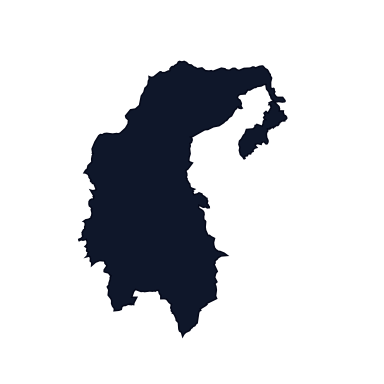 Saliste, Sibiu, Romania (Natural Earth projection), rotated 151°
{"feature_id": "2599482B68453018923397", "entity_name": "Saliste", "entity_type": "district", "adm_level": 2, "iso_a3": "ROU", "parent_name": "Romania", "parent_adm1": "Sibiu", "projection": "natural_earth1", "projection_center": [23.849, 45.799], "detail": "fine", "context": "isolated", "style": "filled", "palette": "ink", "viewbox_px": 384, "rotation_deg": 151, "n_neighbors": 0, "source": "geoboundaries", "source_scale": "gbopen_adm2", "svg_char_len": 6028}
<svg xmlns="http://www.w3.org/2000/svg" viewBox="0 0 384 384"><g transform="rotate(151 192 192)"><path d="M301.2,218.9L300.5,218.2L300.6,216.1L301.7,214.4L302.7,213.7L303.8,211.5L305.2,211.5L307.9,209.7L308.0,208.7L308.7,207.8L308.8,206.4L309.4,205.9L311.2,205.2L314.0,205.5L314.3,204.6L314.3,204.1L312.3,204.1L310.7,202.7L307.4,201.8L307.8,199.4L308.7,197.7L310.2,196.6L312.0,196.2L311.2,194.7L311.1,193.4L312.5,192.0L312.7,191.1L311.5,189.5L313.1,188.8L314.5,187.1L316.2,186.6L312.9,185.8L312.7,184.7L313.0,183.0L314.5,181.0L313.8,178.9L315.5,176.3L310.4,177.4L306.0,176.8L302.1,174.2L302.1,173.2L302.7,171.8L302.1,169.2L302.5,168.5L306.5,166.5L307.4,165.1L307.4,164.7L304.2,161.6L304.0,159.2L303.4,158.0L305.0,156.9L305.7,155.4L308.8,152.5L309.5,151.1L312.1,150.1L312.2,146.8L315.3,142.5L314.6,138.0L314.9,135.9L316.4,133.4L316.8,130.8L316.4,127.5L317.7,125.9L313.2,124.0L310.8,123.6L308.8,125.8L306.7,125.8L305.2,125.0L302.4,124.8L299.9,123.1L299.9,123.9L297.6,121.8L296.6,123.2L291.3,126.7L295.8,129.2L291.2,133.3L288.6,134.2L284.8,129.7L282.9,128.9L281.8,127.9L277.0,126.0L274.3,124.2L272.8,124.0L272.4,123.1L270.5,123.1L268.9,122.1L269.7,119.0L269.4,116.6L271.0,113.8L267.7,112.0L266.2,110.6L265.6,106.5L264.4,103.7L266.8,100.9L266.8,99.5L267.7,98.1L267.2,96.0L267.8,95.6L267.1,94.8L266.9,93.0L267.3,89.0L268.0,87.4L267.2,84.4L270.0,78.3L270.3,76.4L269.2,74.4L270.2,70.2L268.2,71.5L265.6,72.3L261.2,72.0L259.1,73.3L258.1,73.2L256.5,73.9L254.4,73.7L251.7,75.1L251.0,74.9L244.8,83.1L243.3,84.4L241.8,84.2L241.5,85.8L234.9,86.1L233.4,86.5L233.7,87.2L232.4,87.4L222.1,86.9L221.8,89.7L218.2,94.5L216.9,97.8L216.6,100.2L216.8,100.7L213.8,101.3L213.6,106.3L210.7,109.4L208.4,110.3L207.8,118.1L206.4,118.5L205.2,120.7L202.5,121.1L200.9,121.9L197.4,121.9L191.9,119.4L193.5,122.9L196.2,126.3L198.4,128.0L198.3,128.6L199.0,129.7L199.4,132.3L198.6,135.3L197.6,137.5L194.8,140.5L196.9,143.6L197.7,145.6L199.1,146.3L198.6,152.0L197.5,154.9L194.4,159.5L194.4,160.4L195.1,162.0L193.8,164.8L192.3,166.5L191.5,168.5L191.7,170.6L193.8,174.4L193.6,175.7L192.3,177.2L189.6,173.2L187.1,172.3L186.4,170.7L184.5,169.9L184.0,171.1L184.4,171.7L184.1,172.8L184.5,174.7L182.7,176.5L183.0,177.0L182.0,179.2L182.7,179.9L183.2,181.8L184.6,184.1L184.3,185.5L186.3,187.9L188.0,187.7L191.7,188.7L191.6,191.6L190.7,191.7L190.9,192.4L190.4,193.1L188.4,193.2L190.6,195.7L191.2,197.0L190.0,200.6L190.5,201.6L190.3,203.6L190.7,204.4L189.8,206.2L190.3,206.7L189.1,208.6L188.5,208.9L187.5,211.0L187.6,212.1L186.7,213.9L184.7,214.0L177.5,217.2L179.4,219.4L179.7,221.0L177.7,223.8L175.1,226.3L173.1,231.3L171.2,233.1L170.4,235.5L168.5,235.6L166.6,237.4L166.1,238.9L166.7,240.7L164.7,240.2L150.6,240.3L147.9,239.0L141.7,238.7L136.2,236.9L130.6,237.3L129.0,237.9L126.7,237.9L123.5,239.3L120.5,239.4L114.7,243.1L112.7,243.4L111.1,244.3L109.9,244.2L110.3,242.8L110.0,242.4L108.6,241.2L107.4,241.1L107.6,242.4L107.3,243.9L105.9,245.6L105.6,248.1L105.6,249.3L106.5,250.6L106.5,252.6L105.6,253.5L103.8,254.2L102.2,254.0L97.9,252.0L97.2,253.0L96.6,252.7L93.9,254.2L92.0,253.1L87.1,253.2L85.4,252.5L84.1,252.8L80.1,251.2L77.1,251.1L75.2,250.4L76.9,245.8L76.2,242.4L77.0,239.1L76.3,238.6L76.9,237.4L77.4,235.1L76.5,233.5L76.5,232.4L81.4,232.6L81.4,231.9L82.4,231.1L81.0,230.4L81.0,229.5L81.6,229.2L81.4,228.6L82.0,227.4L87.4,224.1L88.2,226.6L90.8,226.0L90.9,223.3L93.2,222.5L93.2,221.0L92.7,219.8L93.3,220.1L95.2,219.3L96.9,217.0L98.8,215.5L102.5,219.7L103.4,219.3L104.5,219.6L105.7,218.1L108.0,217.6L114.1,220.3L117.6,217.1L119.4,216.7L123.0,214.4L125.7,213.6L127.9,210.9L128.5,207.7L130.4,205.5L131.5,201.3L130.4,197.3L130.6,196.1L129.9,195.6L129.2,195.8L129.4,197.0L128.2,197.7L126.0,196.9L124.9,197.9L123.9,198.0L122.3,196.9L120.8,198.1L118.8,197.9L118.2,199.4L117.7,199.6L115.3,199.9L113.7,199.5L114.2,201.7L113.5,203.0L111.1,202.5L108.4,200.1L107.0,201.5L105.1,201.2L104.2,200.5L104.4,199.9L103.9,198.1L102.8,197.8L101.2,199.0L100.5,200.4L100.3,203.4L98.9,206.6L97.8,207.9L96.2,208.6L95.4,210.6L94.5,209.9L92.6,210.1L92.9,209.5L91.6,209.9L91.1,209.4L89.9,209.7L89.5,209.6L89.5,208.8L88.7,209.3L88.1,208.9L86.5,209.4L84.7,208.6L83.3,209.0L82.7,210.1L81.8,209.9L81.5,210.3L78.7,210.5L76.7,209.4L76.7,210.0L75.3,209.8L73.4,210.5L73.0,211.6L73.2,213.3L74.0,214.3L74.1,215.1L73.6,217.5L72.8,218.6L76.4,220.6L75.1,222.4L74.5,224.6L76.3,230.5L72.3,229.1L69.4,226.9L67.4,226.1L66.8,226.1L66.3,226.9L66.8,230.8L71.1,233.2L72.1,234.3L72.7,238.1L70.9,239.6L71.1,240.4L70.2,242.4L70.4,243.1L72.6,243.7L72.3,245.7L70.0,250.0L67.1,253.1L67.2,255.5L66.6,256.9L67.0,259.6L66.7,260.2L66.9,262.4L68.2,264.5L68.9,267.6L69.5,268.2L72.2,269.2L76.3,269.7L77.2,271.2L78.2,271.9L81.0,272.1L86.6,274.9L91.9,275.5L93.3,276.9L94.2,279.1L95.0,279.7L96.5,280.4L100.0,280.3L101.0,280.8L103.0,282.4L103.4,283.8L106.3,286.1L115.2,287.4L116.3,288.8L118.4,289.5L121.5,291.6L123.1,295.7L127.8,297.4L128.6,299.2L129.9,300.5L131.0,303.4L133.2,305.0L134.0,307.9L135.5,310.0L137.8,310.6L139.7,312.3L141.0,312.3L142.7,311.1L146.2,311.0L147.1,310.3L148.2,311.2L149.4,311.3L151.6,310.3L152.3,308.9L153.0,308.7L154.0,309.3L157.9,309.6L160.6,311.1L160.8,312.1L161.7,312.6L169.9,311.2L172.2,312.0L173.6,313.8L174.7,311.4L176.3,310.3L178.3,307.4L180.4,306.2L182.7,305.7L185.8,302.5L189.7,300.6L195.9,293.2L201.2,292.0L205.9,293.7L213.2,290.8L213.7,288.9L212.6,285.8L214.8,282.6L219.2,280.0L226.2,278.3L228.3,278.6L229.6,279.7L233.3,281.1L238.2,284.7L240.5,285.6L242.7,285.5L244.3,286.7L246.3,286.4L252.5,282.9L258.5,278.1L259.8,274.6L260.3,274.2L259.6,273.5L261.7,272.0L263.8,269.4L265.0,266.8L270.1,265.5L272.4,262.9L274.5,262.6L277.1,261.1L276.0,260.4L274.4,258.1L274.3,256.1L274.9,254.7L274.5,251.9L274.8,251.1L275.4,250.9L275.4,250.1L274.8,249.1L274.9,247.8L273.7,246.9L274.5,240.6L276.6,240.6L278.7,241.6L279.9,242.9L279.7,235.9L280.6,235.9L280.7,234.6L281.9,233.6L283.1,234.4L284.9,234.5L286.6,233.6L288.0,231.3L288.5,229.5L287.8,228.2L287.6,226.0L288.7,225.4L289.6,222.1L291.1,220.0L292.5,219.1L292.6,218.3L295.7,218.3L298.5,219.2L301.2,218.9Z" fill="#0f172a" stroke="#020617" stroke-width="1.5"/></g></svg>